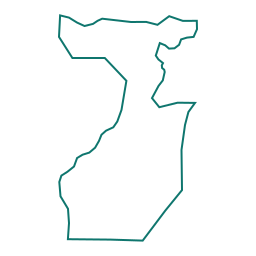 the District of Wakiso
{"feature_id": "UGA-3091", "entity_name": "Wakiso", "entity_type": "District", "adm_level": 1, "iso_a3": "UGA", "parent_name": "Uganda", "parent_adm1": "", "projection": "mercator", "projection_center": [32.452, 0.206], "detail": "fine", "context": "isolated", "style": "outline", "palette": "teal", "viewbox_px": 256, "rotation_deg": 0, "n_neighbors": 0, "source": "natural_earth", "source_scale": "10m", "svg_char_len": 860}
<svg xmlns="http://www.w3.org/2000/svg" viewBox="0 0 256 256"><path d="M72.4,58.0L59.0,36.9L60.1,15.4L69.0,17.6L77.1,22.6L84.5,26.0L93.0,23.9L97.6,20.8L102.2,18.7L131.0,22.0L146.1,21.9L157.5,24.8L169.2,16.2L182.9,20.9L196.8,20.8L197.0,29.2L193.6,36.9L187.0,37.6L181.1,39.4L179.1,44.8L174.5,48.3L169.0,48.6L165.2,45.3L159.8,43.1L155.8,55.6L158.4,59.4L163.0,63.1L161.8,65.3L162.1,68.0L164.2,69.7L164.7,72.0L162.8,80.4L158.6,85.8L152.0,98.1L159.3,107.2L177.6,102.7L195.0,102.9L188.4,112.0L185.0,125.0L181.5,149.9L182.0,190.1L165.3,210.6L151.6,228.8L142.7,240.6L110.4,239.6L67.9,239.2L69.0,223.2L68.0,208.8L60.5,196.3L59.3,182.0L61.4,175.6L67.4,171.8L74.0,166.5L77.1,158.0L82.6,154.7L89.3,152.6L95.1,147.7L99.0,140.9L101.5,134.7L106.0,130.7L113.3,127.3L117.3,121.5L121.5,109.9L126.4,80.8L104.8,58.0L72.4,58.0Z" fill="none" stroke="#0f766e" stroke-width="2"/></svg>